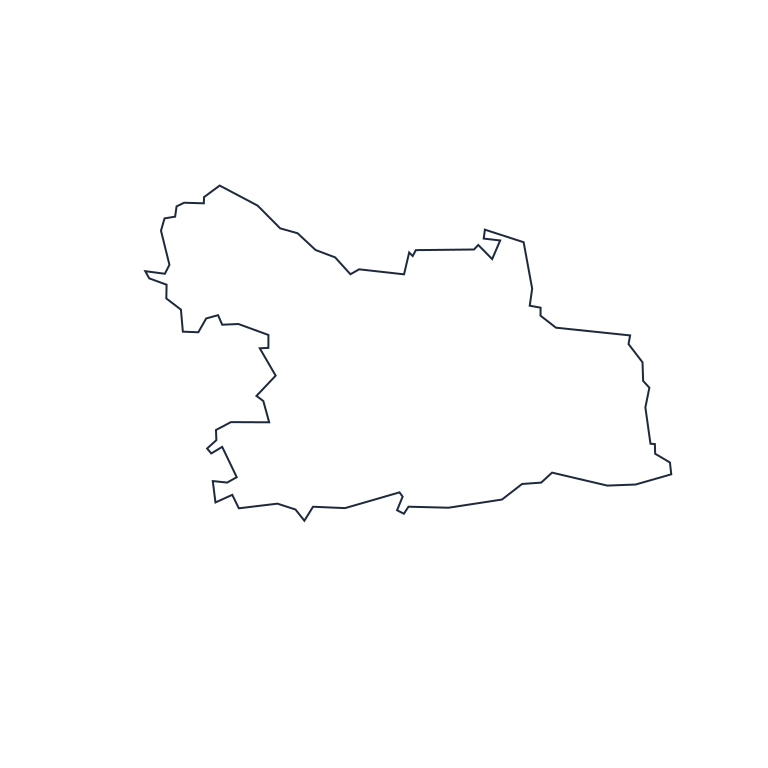 Lozovo, Lozovo, North Macedonia, rotated 132°
{"feature_id": "65306769B81455536397038", "entity_name": "Lozovo", "entity_type": "district", "adm_level": 2, "iso_a3": "MKD", "parent_name": "North Macedonia", "parent_adm1": "Lozovo", "projection": "albers", "projection_center": [21.925, 41.756], "detail": "fine", "context": "isolated", "style": "outline", "palette": "slate", "viewbox_px": 768, "rotation_deg": 132, "n_neighbors": 0, "source": "geoboundaries", "source_scale": "gbopen_adm2", "svg_char_len": 1270}
<svg xmlns="http://www.w3.org/2000/svg" viewBox="0 0 768 768"><g transform="rotate(132 384 384)"><path d="M269.4,453.3L289.1,442.5L315.4,479.2L324.9,482.4L322.6,505.0L330.2,524.5L329.8,549.1L337.8,565.3L336.0,597.3L346.5,638.9L365.5,642.8L370.3,638.8L383.0,653.8L390.8,657.0L399.4,651.2L407.8,657.9L419.3,652.3L439.0,623.2L448.7,620.6L459.9,636.9L462.6,629.2L455.7,612.0L466.1,603.0L464.6,584.7L479.7,568.5L469.8,556.6L454.3,560.0L443.9,553.4L448.2,543.9L436.8,532.3L424.9,502.7L434.5,494.1L440.6,500.2L450.3,470.1L478.2,470.8L477.4,462.3L489.3,443.7L514.8,472.3L530.6,478.1L537.9,471.0L550.3,472.3L551.2,465.9L539.0,462.2L551.8,431.1L562.2,434.6L570.7,446.3L584.8,430.0L567.9,422.6L573.5,408.7L544.2,383.1L536.5,365.8L538.9,351.7L522.7,354.6L502.3,329.9L454.2,300.0L455.2,294.8L469.1,289.8L467.1,282.4L458.8,283.7L432.8,253.3L390.9,219.0L365.9,214.5L352.1,201.2L337.4,199.8L310.1,150.1L290.4,129.8L258.9,110.1L251.0,119.0L254.4,135.8L247.4,142.5L250.1,146.0L226.5,174.1L209.2,184.3L208.3,193.5L194.9,206.4L190.7,229.0L183.2,233.6L227.1,293.9L228.5,313.4L222.5,318.7L228.3,328.1L214.0,337.7L185.2,375.1L201.8,412.3L209.2,407.2L199.6,393.7L218.8,387.2L217.6,407.0L223.8,407.1L263.2,449.9L269.7,448.3L269.4,453.3Z" fill="none" stroke="#1e293b" stroke-width="2"/></g></svg>